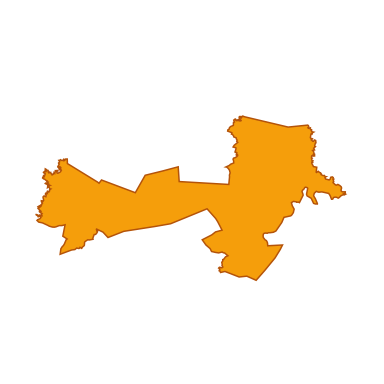 Mariscala de Juárez, Oaxaca, Mexico (Natural Earth projection), rotated 106°
{"feature_id": "50627088B44259809604887", "entity_name": "Mariscala de Juárez", "entity_type": "district", "adm_level": 2, "iso_a3": "MEX", "parent_name": "Mexico", "parent_adm1": "Oaxaca", "projection": "natural_earth1", "projection_center": [-98.113, 17.821], "detail": "fine", "context": "isolated", "style": "filled", "palette": "amber", "viewbox_px": 384, "rotation_deg": 106, "n_neighbors": 0, "source": "geoboundaries", "source_scale": "gbopen_adm2", "svg_char_len": 6015}
<svg xmlns="http://www.w3.org/2000/svg" viewBox="0 0 384 384"><g transform="rotate(106 192 192)"><path d="M105.2,162.3L105.0,164.0L105.5,164.0L106.4,167.1L106.9,167.3L106.8,165.4L107.0,165.0L107.5,165.2L107.5,166.3L109.1,167.0L109.2,165.3L109.7,164.5L110.2,164.7L110.6,166.4L110.1,168.0L111.1,168.4L111.1,169.5L110.2,169.7L109.9,170.6L111.4,171.7L113.1,170.5L113.7,171.3L116.6,170.6L118.3,172.8L119.7,173.7L121.5,173.7L122.2,174.6L123.3,174.4L123.6,175.1L124.0,170.1L125.5,170.0L125.4,169.1L126.6,167.5L127.5,167.1L127.8,164.4L128.8,164.0L129.7,162.9L130.9,163.0L131.7,161.7L135.4,164.3L137.4,164.9L137.5,163.7L137.3,162.1L138.4,161.6L141.7,161.7L142.0,161.3L141.6,161.0L141.8,159.8L143.1,159.6L143.1,160.0L143.5,158.6L143.9,158.6L144.1,159.6L144.5,159.4L144.7,158.2L145.7,158.7L147.2,160.1L148.0,161.4L149.1,161.6L150.8,160.5L152.6,159.9L154.7,162.6L156.2,163.5L158.6,166.3L158.5,165.4L159.4,163.6L160.7,162.0L163.1,160.6L165.4,160.7L167.1,160.1L174.6,158.7L185.5,207.2L171.6,212.2L179.7,225.7L188.8,241.6L208.3,246.3L205.4,282.3L209.2,283.8L208.5,285.5L199.0,319.6L194.7,321.0L195.2,322.7L196.2,322.9L195.8,324.3L196.2,324.4L197.0,323.5L197.3,323.7L197.3,325.5L197.6,326.1L197.2,327.3L197.8,327.7L198.3,328.7L199.1,327.7L199.6,327.6L200.9,328.3L201.3,328.1L201.7,327.3L204.7,328.0L205.2,327.6L205.5,326.6L204.3,326.3L204.1,326.0L204.6,324.9L205.4,324.8L206.0,326.4L206.7,325.9L207.2,325.2L206.7,324.1L207.1,323.6L208.9,324.0L210.8,325.9L211.0,326.3L211.0,326.8L209.6,327.6L209.3,327.6L208.8,326.7L208.3,326.8L208.5,327.8L209.1,328.6L209.1,329.3L209.3,329.3L209.6,328.6L209.9,328.5L210.9,329.4L211.0,329.9L212.1,329.1L212.3,330.2L213.0,330.1L214.0,331.0L214.1,331.4L213.3,331.7L213.2,332.6L212.1,333.2L212.7,334.2L212.4,334.6L213.0,335.2L212.5,335.6L211.7,335.4L211.5,336.0L211.0,336.3L211.4,337.2L210.6,337.8L210.2,339.4L211.6,339.1L212.4,337.9L212.7,338.0L212.9,339.4L214.0,340.2L214.6,339.4L214.6,338.4L215.0,338.0L216.5,338.2L216.8,339.0L217.3,339.2L218.0,338.2L218.4,338.5L218.8,339.5L219.7,339.5L220.3,338.2L220.3,337.2L221.3,335.0L221.2,334.5L221.8,334.5L222.2,334.1L222.0,333.6L222.1,332.9L223.3,333.3L223.8,335.2L224.3,335.4L224.7,332.5L224.5,332.3L223.8,332.5L223.8,331.9L224.8,331.5L224.8,330.3L225.3,330.9L225.3,332.6L225.7,332.5L225.8,331.7L226.8,332.2L227.6,332.1L226.8,331.4L226.7,330.7L228.0,329.7L228.0,328.6L229.1,329.5L230.2,329.2L231.5,329.6L231.6,330.0L230.9,330.9L231.2,331.3L232.2,331.2L233.4,330.6L233.6,331.6L233.3,332.1L233.7,332.4L234.7,332.2L235.1,331.3L236.8,331.2L236.5,333.1L237.6,333.8L238.3,333.7L240.8,332.3L241.7,332.9L241.9,334.4L242.4,334.2L242.6,333.2L243.1,333.8L244.0,332.7L244.6,333.1L245.7,333.0L246.1,333.7L246.8,333.2L247.5,333.3L247.7,333.7L247.2,334.7L248.7,336.1L249.1,335.6L248.8,334.3L250.3,335.4L252.2,331.8L252.6,331.9L252.3,333.4L252.6,333.4L253.0,333.2L253.5,332.3L254.0,330.4L254.4,330.8L256.2,329.6L256.4,329.6L256.4,330.0L256.0,331.7L256.1,332.2L257.0,332.8L256.5,334.8L256.6,335.6L256.8,335.6L257.5,333.7L258.2,333.0L257.3,331.8L257.4,331.0L258.1,330.2L259.6,330.8L261.3,332.9L262.1,333.1L262.1,332.8L262.9,331.7L263.2,330.9L262.9,327.3L263.8,321.4L264.2,319.8L264.2,316.6L263.7,314.5L263.0,313.2L260.9,310.4L260.2,307.9L258.5,305.0L270.1,304.0L271.6,299.1L272.5,299.8L277.3,300.4L279.0,300.9L280.1,301.6L282.7,302.4L288.2,301.6L280.9,291.7L279.6,288.7L277.7,287.4L277.5,285.1L277.1,284.7L276.1,284.5L276.1,283.3L276.7,282.9L276.6,282.5L275.1,282.1L273.4,280.9L272.7,280.8L269.9,281.4L269.1,281.1L266.6,279.0L266.5,277.7L264.7,274.1L263.7,274.6L259.9,274.3L259.4,273.1L258.3,272.4L256.3,271.9L255.5,272.0L255.7,272.8L254.3,273.4L253.8,274.1L255.1,266.5L258.9,260.2L248.6,246.7L235.3,218.0L228.4,203.8L204.0,172.9L210.9,162.0L213.5,159.1L220.4,152.6L223.9,158.4L227.8,161.2L235.1,169.0L239.1,164.0L241.4,159.0L243.8,156.8L243.6,152.7L243.2,149.6L241.4,146.5L241.8,145.1L241.6,143.9L243.4,139.9L245.1,141.9L247.9,143.0L248.5,143.8L249.7,143.4L251.4,144.0L253.5,142.9L254.2,143.0L255.6,141.7L256.1,141.8L256.7,142.8L256.7,144.7L257.1,145.1L257.8,145.4L258.1,144.4L258.6,144.0L259.1,143.9L259.7,144.3L260.3,144.1L260.4,143.2L261.5,142.4L259.3,138.4L260.7,123.3L257.8,116.1L259.2,106.0L247.3,100.4L232.5,94.0L222.8,91.3L218.0,90.4L222.8,104.4L220.3,105.3L219.3,106.0L218.2,107.1L217.8,108.6L216.0,111.0L214.4,111.6L212.8,111.8L211.8,111.2L211.2,110.0L210.9,108.3L210.1,107.3L209.7,105.9L208.3,102.7L206.4,100.6L196.6,97.3L191.0,96.6L187.7,90.5L186.7,89.8L183.9,88.9L180.3,89.1L177.6,91.8L174.9,93.5L173.1,92.0L172.7,88.9L173.0,88.6L172.4,86.9L172.6,85.8L164.5,84.3L163.4,84.8L161.2,86.4L159.7,86.2L158.8,85.4L156.6,84.8L156.0,84.0L156.1,82.4L156.5,81.8L162.6,81.3L164.0,80.3L165.2,75.7L169.4,72.0L169.5,70.0L169.0,68.2L168.5,68.3L164.4,71.6L162.4,73.8L161.8,74.1L159.5,74.1L157.1,72.7L157.3,71.4L157.2,70.0L156.1,67.2L155.7,60.3L156.6,59.1L157.7,58.0L160.5,55.9L160.1,54.8L158.3,54.4L157.5,53.1L157.2,51.5L157.6,49.8L156.5,48.8L154.9,48.0L153.2,46.3L152.8,44.8L151.8,43.8L151.7,45.4L150.9,44.4L149.6,44.7L150.4,47.7L149.8,49.0L148.6,49.3L146.9,49.3L145.8,50.1L145.0,51.8L144.5,53.9L145.6,55.1L145.6,56.1L144.2,58.9L143.7,59.1L143.0,58.6L141.4,59.6L140.7,59.3L140.8,60.0L139.2,60.2L138.8,61.3L139.6,62.7L141.8,62.8L142.6,63.5L142.7,67.2L141.4,68.2L140.4,67.4L140.6,68.1L139.6,69.3L140.1,70.4L139.7,72.7L139.3,72.9L139.0,72.1L138.9,73.2L138.1,73.7L138.1,74.8L137.3,76.3L138.9,77.7L138.7,78.1L133.8,78.9L134.1,82.2L131.6,84.6L130.4,85.1L130.2,84.2L129.6,84.6L128.7,84.3L128.6,85.4L126.9,86.3L126.4,85.8L125.8,86.7L124.3,86.9L124.0,85.7L123.5,86.0L122.2,85.7L123.9,85.0L123.6,84.1L121.8,84.6L121.6,85.2L119.7,86.2L118.8,87.5L117.8,85.8L116.4,87.1L114.4,85.9L114.3,86.6L113.7,86.8L111.1,86.9L110.6,86.4L108.4,87.3L108.2,88.5L109.8,89.2L110.0,89.7L109.0,91.8L108.0,91.6L107.6,90.1L107.6,92.7L107.2,93.2L103.6,93.6L103.1,93.4L103.3,92.6L101.8,92.5L100.9,91.6L101.0,93.6L100.1,94.1L99.4,94.0L99.1,94.3L99.4,95.2L98.3,96.0L97.8,96.0L98.7,97.6L98.3,98.3L97.2,97.7L96.1,98.4L95.8,99.2L103.1,117.5L105.2,162.3Z" fill="#f59e0b" stroke="#b45309" stroke-width="1.5"/></g></svg>